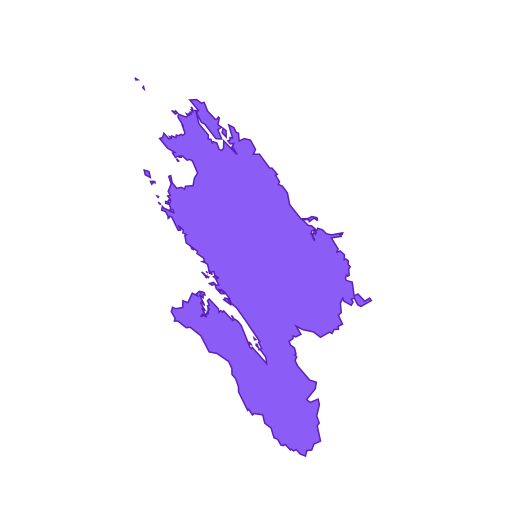 Kenmare Lea-6, Kerry, Ireland (Natural Earth projection), rotated 73°
{"feature_id": "5873133B7020974913459", "entity_name": "Kenmare Lea-6", "entity_type": "district", "adm_level": 2, "iso_a3": "IRL", "parent_name": "Ireland", "parent_adm1": "Kerry", "projection": "natural_earth1", "projection_center": [-9.998, 51.923], "detail": "fine", "context": "isolated", "style": "filled", "palette": "violet", "viewbox_px": 512, "rotation_deg": 73, "n_neighbors": 0, "source": "geoboundaries", "source_scale": "gbopen_adm2", "svg_char_len": 6156}
<svg xmlns="http://www.w3.org/2000/svg" viewBox="0 0 512 512"><g transform="rotate(73 256 256)"><path d="M334.9,170.4L332.3,158.7L329.5,159.6L330.9,165.3L322.1,169.6L322.9,173.8L309.1,171.6L305.9,176.7L303.9,177.1L300.7,175.1L302.2,174.2L301.7,172.5L295.6,171.2L293.8,169.0L291.1,170.4L287.6,169.2L285.1,170.9L285.3,172.7L280.7,171.1L275.8,174.0L276.0,177.5L273.3,175.4L260.7,178.7L262.2,168.8L260.1,168.3L261.1,168.6L259.6,169.9L259.3,166.6L261.0,167.5L259.2,166.3L257.9,177.6L255.3,182.2L250.6,184.6L247.5,188.8L249.3,190.2L249.4,193.0L251.2,191.6L252.6,192.7L250.7,194.0L253.7,196.2L256.9,195.3L257.7,195.3L258.0,195.6L254.0,196.6L251.3,195.5L251.6,196.4L251.0,197.0L248.3,195.4L247.8,191.3L243.4,194.0L242.0,197.1L234.6,201.0L236.8,194.8L238.7,195.0L236.8,189.3L239.4,187.4L238.4,186.6L240.3,187.0L238.7,186.5L237.1,186.6L234.6,191.0L235.4,195.2L233.6,202.2L216.7,208.8L205.0,207.5L196.9,210.3L194.0,213.8L191.9,211.8L184.4,213.7L184.2,211.8L176.6,215.0L176.0,217.2L159.6,223.0L157.9,228.8L154.0,225.3L143.5,227.4L140.3,233.1L141.1,238.5L133.5,236.8L131.9,238.9L126.8,239.6L122.7,243.7L136.2,243.9L135.1,246.2L137.5,247.0L137.6,249.3L141.3,247.8L141.9,244.4L144.2,246.5L153.5,244.4L136.5,253.2L143.6,255.6L145.0,258.2L143.3,260.1L136.5,260.4L134.3,263.3L135.2,264.7L131.2,265.0L130.2,267.6L126.4,266.2L113.1,271.8L99.3,271.2L97.4,275.2L99.7,274.4L99.2,277.1L101.2,276.6L100.2,278.4L101.7,278.6L99.7,280.8L102.0,280.2L102.8,282.1L97.7,288.7L100.2,290.0L111.2,287.3L110.0,288.3L118.1,288.0L119.2,290.9L117.6,292.1L118.4,294.4L117.0,296.9L119.4,297.9L116.5,301.6L117.9,302.2L116.8,303.6L118.6,303.0L118.6,305.0L111.7,308.2L115.4,310.6L115.4,313.8L127.0,309.1L133.2,303.4L133.1,305.7L138.3,304.1L137.7,301.9L139.3,299.9L139.7,298.6L139.1,298.6L139.3,299.5L138.1,300.0L138.6,297.2L144.2,293.9L144.3,291.0L146.6,289.0L159.6,287.6L163.5,292.1L170.3,295.7L168.7,303.1L171.2,304.7L168.5,307.3L168.1,312.0L161.2,314.8L154.2,314.0L154.3,316.2L162.1,316.0L168.6,321.1L172.9,320.2L172.7,322.9L177.6,321.2L180.3,323.1L179.4,323.9L185.1,323.6L187.3,325.2L187.2,321.9L190.5,322.1L182.7,330.6L181.2,331.1L184.6,332.9L187.0,329.5L194.1,328.2L192.8,326.8L194.0,325.2L208.7,322.9L209.2,320.5L207.9,320.3L207.9,320.7L207.3,320.5L206.1,321.1L204.8,321.3L204.6,321.1L210.0,317.9L212.3,319.2L215.4,316.3L215.7,318.1L223.0,318.9L234.3,310.6L236.3,311.7L242.7,306.7L247.1,306.9L249.9,304.8L256.4,305.2L258.5,303.6L258.6,300.8L262.4,301.1L266.1,297.9L264.5,299.9L266.3,299.6L265.9,301.3L272.9,300.0L272.2,302.6L268.8,304.3L268.7,308.6L270.8,307.0L271.4,303.3L275.3,303.6L281.7,300.6L282.8,297.3L278.9,298.6L279.0,300.7L276.6,301.8L278.9,299.8L277.6,300.2L278.0,299.0L281.9,296.3L289.4,293.5L288.1,294.8L290.5,293.8L294.3,293.5L299.7,289.8L313.8,285.1L339.0,277.4L339.2,278.8L346.2,277.6L346.3,279.5L355.6,276.2L362.0,277.3L342.2,286.3L343.2,287.3L341.6,288.5L318.3,290.4L313.0,292.5L310.0,295.0L310.9,297.1L298.4,303.3L299.6,303.3L300.0,304.3L297.9,305.8L299.0,307.8L295.3,307.5L283.4,313.4L284.7,315.5L289.3,315.0L289.6,317.1L294.2,316.3L292.6,317.3L297.8,318.6L295.4,319.2L299.5,321.3L296.6,324.4L297.4,324.6L298.0,325.4L297.6,326.2L295.8,324.3L297.3,321.5L290.0,323.2L293.7,320.5L285.0,322.6L284.0,321.6L288.3,319.6L276.4,321.3L280.4,318.7L277.5,317.9L278.3,316.2L275.8,316.3L273.9,318.8L275.4,319.5L273.2,320.5L274.8,324.1L276.8,323.7L272.9,327.8L280.7,334.8L277.4,339.0L283.8,341.2L282.9,348.3L280.6,350.8L284.5,353.3L291.9,351.5L294.3,353.1L295.4,349.7L304.2,343.7L304.9,339.8L316.2,332.0L334.1,328.8L337.8,321.8L348.9,313.0L356.5,312.0L362.4,313.6L367.2,311.3L375.8,311.0L380.8,312.4L401.2,309.1L400.5,307.8L407.0,305.9L406.1,303.9L409.9,296.0L418.5,296.5L424.8,291.9L435.1,291.9L437.5,288.9L444.0,287.5L445.3,285.5L444.7,283.2L451.6,279.8L451.0,278.8L453.4,277.0L452.9,274.1L458.2,271.7L461.8,267.2L456.9,264.3L457.9,259.5L452.8,255.6L451.8,248.4L436.2,247.1L434.3,244.4L426.7,244.7L416.6,238.8L411.0,238.4L411.9,247.0L408.1,249.6L400.4,238.2L394.4,235.2L390.4,240.9L373.6,248.3L367.3,249.2L364.4,246.6L361.7,247.8L361.5,246.4L355.3,246.1L350.9,249.2L347.2,249.2L345.9,244.9L343.3,243.8L345.0,241.6L344.0,235.9L334.8,238.1L339.9,233.1L345.4,223.2L352.6,218.1L350.3,208.2L352.3,205.9L349.1,202.9L350.2,198.6L347.3,198.0L346.5,193.2L336.7,194.5L335.1,191.0L325.8,189.1L321.9,185.4L325.0,185.1L331.0,179.3L328.4,176.6L325.4,177.5L324.9,174.3L332.5,173.0L334.9,170.4ZM113.3,255.0L103.3,259.9L93.9,260.7L94.0,263.4L89.1,267.0L87.4,273.7L100.0,268.5L99.7,269.8L102.8,270.9L112.4,269.1L114.8,266.5L132.1,260.0L134.1,254.6L124.0,255.5L122.8,251.3L119.3,254.0L113.2,250.7L112.1,251.4L113.6,252.5L113.3,255.0ZM145.9,338.2L150.0,334.1L144.0,333.6L141.1,337.8L145.9,338.2ZM295.8,294.0L288.3,295.7L287.2,298.1L289.7,298.1L287.6,300.1L295.8,294.0ZM128.2,252.4L133.5,249.7L127.3,248.0L124.2,250.2L128.2,252.4ZM96.2,289.3L93.6,290.5L94.4,291.8L92.2,294.1L96.7,291.7L96.2,289.3ZM153.8,335.1L156.9,334.7L155.6,332.6L156.5,331.1L155.1,331.1L153.8,335.1ZM178.6,324.1L177.4,326.5L179.2,327.0L180.7,324.8L178.6,324.1ZM258.6,310.3L255.3,312.7L260.5,310.2L258.6,310.3ZM258.8,305.6L260.9,303.0L256.7,305.4L258.8,305.6ZM52.9,317.5L51.6,318.7L50.2,319.6L52.6,319.3L52.9,317.5ZM142.5,302.1L139.7,303.6L142.5,303.1L142.5,302.1ZM344.3,280.7L340.8,280.7L340.3,281.6L341.4,282.1L344.3,280.7ZM339.4,286.4L337.8,286.8L336.9,287.5L338.5,287.9L339.4,286.4ZM230.3,315.4L232.2,313.3L229.7,315.4L230.3,315.4ZM176.0,333.8L178.2,332.8L178.9,331.8L176.0,333.8ZM344.3,280.5L346.6,280.5L346.7,280.0L344.3,280.5ZM307.7,295.8L305.6,296.9L309.6,296.1L307.7,295.8ZM335.7,281.9L335.9,280.6L333.9,281.8L335.7,281.9ZM263.2,301.5L263.5,302.7L264.5,301.5L263.2,301.5ZM260.7,309.0L261.4,310.3L262.2,309.6L260.7,309.0ZM146.7,246.4L144.9,246.7L144.9,247.3L146.7,246.4ZM61.1,314.0L61.9,315.1L63.6,314.2L61.1,314.0ZM262.3,307.3L261.3,308.5L262.6,307.8L262.3,307.3ZM171.3,332.5L170.6,331.8L169.8,333.0L171.3,332.5ZM177.6,323.9L177.5,322.7L176.9,323.1L177.6,323.9ZM97.2,273.5L95.8,273.8L94.5,274.6L96.2,274.1L97.2,273.5ZM245.6,308.4L245.6,309.1L246.3,308.2L245.6,308.4ZM194.1,329.0L193.9,328.6L193.0,328.8L194.1,329.0ZM256.5,307.9L255.9,308.1L258.3,307.3L256.5,307.9Z" fill="#8b5cf6" stroke="#5b21b6" stroke-width="1.5"/></g></svg>